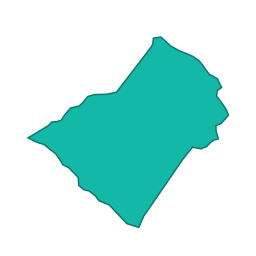 outline of Olho d'Água Grande, Alagoas, Brazil, rotated 101°
{"feature_id": "56859067B53740067981783", "entity_name": "Olho d'Água Grande", "entity_type": "district", "adm_level": 2, "iso_a3": "BRA", "parent_name": "Brazil", "parent_adm1": "Alagoas", "projection": "equal_earth", "projection_center": [-36.798, -10.063], "detail": "fine", "context": "isolated", "style": "filled", "palette": "teal", "viewbox_px": 256, "rotation_deg": 101, "n_neighbors": 0, "source": "geoboundaries", "source_scale": "gbopen_adm2", "svg_char_len": 907}
<svg xmlns="http://www.w3.org/2000/svg" viewBox="0 0 256 256"><g transform="rotate(101 128 128)"><path d="M70.4,43.8L67.4,46.1L62.7,49.5L59.5,58.8L55.9,62.8L51.6,67.2L48.3,71.3L45.3,78.3L43.7,85.3L42.4,92.7L39.1,102.4L32.4,112.9L34.9,120.2L41.2,119.7L45.3,121.3L95.0,146.1L98.9,155.1L101.6,167.3L104.8,173.5L111.5,177.0L115.9,180.5L119.3,188.2L127.3,192.7L133.0,195.0L135.2,198.7L136.7,204.0L140.6,206.4L156.7,224.2L159.3,215.4L160.2,207.3L167.3,193.9L171.2,189.8L176.6,184.8L178.2,178.8L186.0,167.5L190.4,166.3L193.8,165.3L196.9,159.7L197.3,154.1L201.0,146.8L204.9,142.6L207.1,131.8L222.1,110.9L223.6,98.5L211.4,95.7L187.7,85.3L183.8,83.7L179.5,81.8L148.4,68.3L134.5,61.0L134.5,52.5L131.2,47.3L127.3,44.8L123.4,41.4L121.5,37.3L117.8,39.0L114.4,40.9L108.9,42.1L105.8,37.4L101.4,34.8L96.3,31.8L91.1,35.1L85.4,40.9L79.8,47.1L74.4,47.6L70.4,43.8Z" fill="#14b8a6" stroke="#0f766e" stroke-width="1.5"/></g></svg>